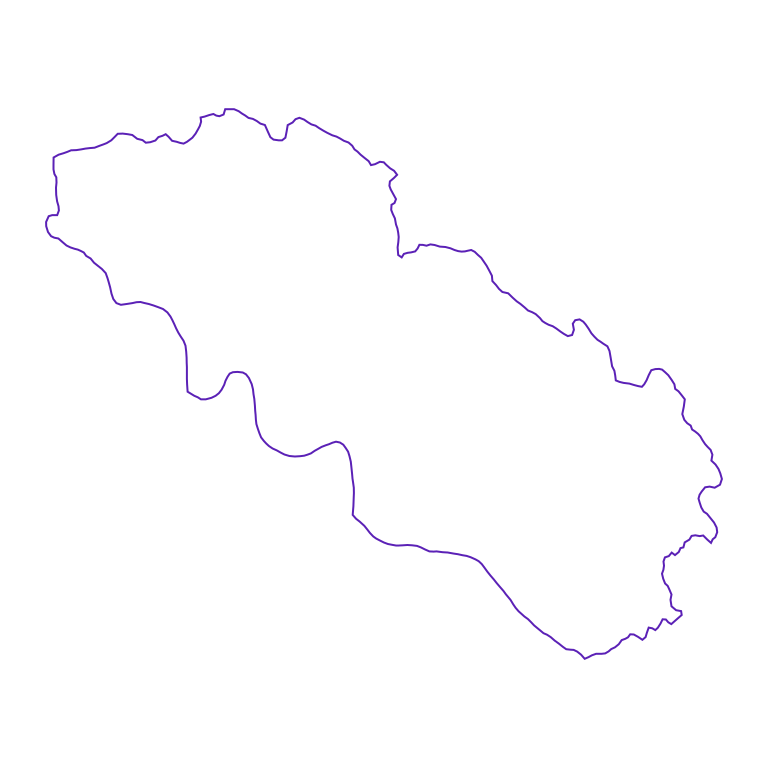 Delfinópolis, Minas Gerais, Brazil
{"feature_id": "56859067B55529001249038", "entity_name": "Delfinópolis", "entity_type": "district", "adm_level": 2, "iso_a3": "BRA", "parent_name": "Brazil", "parent_adm1": "Minas Gerais", "projection": "equal_earth", "projection_center": [-46.771, -20.369], "detail": "fine", "context": "isolated", "style": "outline", "palette": "violet", "viewbox_px": 768, "rotation_deg": 0, "n_neighbors": 0, "source": "geoboundaries", "source_scale": "gbopen_adm2", "svg_char_len": 5978}
<svg xmlns="http://www.w3.org/2000/svg" viewBox="0 0 768 768"><path d="M352.7,514.9L356.1,518.8L359.7,521.6L364.4,525.9L367.2,529.4L369.9,532.9L373.2,536.4L376.1,538.5L379.7,540.4L383.9,542.5L387.9,544.0L392.0,544.8L395.9,545.5L399.0,545.5L402.9,545.3L407.4,545.0L412.1,545.3L417.0,545.9L420.9,547.4L424.9,549.4L429.4,551.4L433.6,551.6L436.6,551.4L439.6,551.8L442.6,552.2L447.7,552.5L453.8,553.6L457.9,554.2L462.4,555.2L466.6,555.9L470.6,557.2L475.5,559.4L478.7,561.2L481.8,564.1L484.7,568.0L487.3,571.6L490.5,575.6L493.6,579.2L496.7,583.1L500.1,587.1L503.5,591.0L505.8,594.2L508.3,597.2L510.6,600.0L513.2,604.3L515.6,607.8L518.6,611.3L521.3,613.7L524.4,616.5L528.0,619.1L531.1,622.2L534.1,625.4L537.0,627.8L540.4,630.6L543.5,633.2L547.0,634.7L550.7,637.1L554.7,640.6L559.1,643.8L562.7,646.7L566.2,649.2L570.6,649.7L573.7,649.9L577.2,651.6L581.1,654.7L584.7,658.8L588.6,657.1L591.9,655.3L596.1,653.8L601.6,653.8L605.2,653.4L608.6,651.4L611.2,649.1L615.0,647.3L618.8,644.2L621.7,640.1L625.3,638.8L628.0,637.3L630.2,634.3L633.8,634.5L638.1,636.9L642.4,639.8L645.6,637.1L646.8,633.0L648.7,627.6L652.3,628.3L655.3,630.1L657.8,627.8L660.5,623.6L662.6,619.3L665.9,619.5L668.3,622.3L671.3,624.1L674.7,621.1L678.7,617.6L681.7,615.0L681.1,611.1L676.1,610.2L671.5,606.3L670.5,599.8L671.5,594.5L669.4,589.6L667.7,585.9L665.1,583.5L663.2,578.7L662.0,573.7L663.4,569.8L664.0,565.7L663.5,561.5L664.9,557.4L668.8,556.1L671.7,552.6L675.0,555.1L678.8,552.0L680.5,548.1L683.4,547.4L684.7,542.4L689.4,539.6L691.6,535.9L695.3,535.3L699.7,536.1L703.2,535.5L707.3,539.6L711.0,542.9L712.7,539.3L715.3,537.2L717.2,532.2L716.6,527.5L714.0,522.5L710.7,518.4L707.0,513.8L703.7,511.6L701.3,507.5L699.7,502.7L698.5,498.6L699.6,494.7L701.7,491.5L705.1,487.3L709.6,486.6L714.7,487.7L720.0,484.7L721.9,479.0L720.3,473.4L718.5,469.0L715.5,464.5L711.4,460.6L712.4,454.7L710.6,449.9L707.6,446.9L705.1,444.1L702.5,440.2L700.3,436.3L698.0,433.8L695.0,431.4L692.1,429.5L690.7,425.6L687.2,423.2L684.3,419.8L682.3,414.1L683.8,406.7L684.8,399.3L681.8,395.4L678.5,391.3L675.2,388.9L674.4,384.3L671.7,380.0L668.3,375.2L665.1,372.2L662.1,369.6L659.1,368.9L655.3,369.1L651.3,370.2L648.8,375.0L646.6,380.2L644.2,384.3L641.9,386.8L638.2,386.1L634.0,385.0L629.4,383.6L623.6,382.9L619.5,381.9L615.8,380.4L615.2,375.4L614.4,370.8L612.1,366.3L610.5,356.7L609.5,351.0L607.4,346.3L603.3,343.7L600.5,341.7L597.5,339.8L594.3,336.6L591.4,333.3L588.6,328.7L585.7,324.5L583.3,321.7L579.6,319.4L575.2,320.2L572.8,323.7L573.9,329.8L572.1,335.0L567.8,336.1L563.9,333.9L560.5,331.6L556.3,328.5L552.7,326.2L548.7,324.8L545.3,323.0L542.4,321.1L540.0,318.1L535.7,314.1L532.2,312.2L528.0,310.5L524.6,307.4L520.4,303.9L516.7,301.3L512.6,297.6L508.2,293.3L502.4,292.0L499.0,288.9L496.1,285.1L492.4,281.1L491.9,275.7L489.3,270.7L486.6,265.7L483.8,261.6L481.2,257.8L478.0,255.0L474.7,251.8L471.2,250.0L467.9,250.7L464.9,251.4L461.6,251.6L458.1,251.1L454.5,250.0L450.5,248.3L445.4,247.0L439.8,246.6L434.6,245.0L430.4,244.4L426.5,245.7L422.9,244.9L419.4,244.8L417.6,248.5L415.2,251.4L411.0,252.4L407.7,252.8L403.9,253.9L401.7,257.4L398.2,255.0L397.6,247.4L398.3,242.2L398.7,237.0L398.2,232.7L397.4,228.4L396.0,224.5L394.9,218.4L392.8,214.0L391.2,209.9L391.5,204.8L394.5,203.0L396.0,199.1L393.3,194.2L390.7,189.4L389.4,185.8L389.9,181.4L393.8,178.1L397.1,174.8L394.1,170.8L390.1,168.3L386.2,164.8L383.8,162.3L379.9,161.8L375.0,164.2L371.0,165.1L368.7,161.2L364.9,158.2L360.5,154.6L357.5,151.6L354.5,149.4L352.2,145.7L348.5,142.5L343.9,140.8L340.1,138.5L336.5,136.6L332.3,135.3L327.2,132.8L323.4,130.7L319.1,128.1L315.6,125.7L311.4,124.4L307.5,122.0L304.1,119.6L299.4,117.8L295.5,119.2L292.6,122.5L287.7,125.1L286.6,131.6L285.4,137.7L282.1,140.3L278.5,140.3L273.5,139.6L270.4,137.2L268.0,132.0L264.9,125.0L260.4,123.6L256.8,121.0L252.9,118.9L248.5,117.9L245.2,115.5L241.9,113.5L238.7,111.2L234.1,109.2L229.5,109.2L225.2,109.2L223.6,114.5L219.4,116.2L216.3,115.6L213.4,114.0L209.4,115.0L204.6,116.6L200.6,117.5L201.1,121.7L199.8,126.0L198.1,129.2L195.6,133.6L192.4,137.7L189.8,139.7L187.0,141.8L183.6,143.6L180.1,142.9L176.7,141.8L172.1,140.8L168.6,136.8L165.7,134.2L162.5,135.8L158.4,137.1L155.4,140.5L150.3,142.2L145.8,142.7L142.5,140.1L137.2,138.8L132.3,135.0L127.8,134.2L122.7,133.6L117.7,133.8L114.8,136.8L111.3,140.3L106.7,143.1L103.4,144.4L99.5,145.8L94.6,147.7L89.6,148.1L85.4,148.6L81.1,149.4L76.3,150.1L71.1,150.3L67.5,151.8L63.6,153.2L58.6,154.7L53.6,157.5L53.5,164.8L53.5,169.4L54.4,174.0L56.3,177.3L56.5,182.6L56.0,187.7L56.2,194.9L57.1,201.3L58.5,206.2L58.9,210.5L57.2,215.1L52.3,215.1L48.7,216.2L46.1,222.0L46.2,226.2L48.0,232.0L51.1,236.2L54.3,237.7L58.4,238.5L62.4,242.0L66.5,245.5L70.4,247.4L74.6,248.8L77.8,249.6L80.7,250.9L83.8,252.5L86.2,255.9L90.6,258.5L94.0,262.7L97.5,265.5L101.9,269.0L105.7,273.1L107.5,278.1L108.6,281.8L110.1,287.2L111.5,293.7L113.3,299.0L116.4,303.1L120.9,304.8L126.6,304.0L132.4,303.1L136.5,302.2L140.5,302.0L144.3,303.0L148.8,304.0L153.6,305.5L158.3,307.2L163.0,309.0L167.4,312.4L170.5,316.6L172.4,320.2L174.3,324.2L176.1,328.3L178.3,332.6L180.7,336.5L183.5,340.7L185.5,345.7L186.2,351.7L186.6,357.6L186.7,362.8L186.9,367.2L186.9,373.6L186.9,378.9L187.1,384.3L187.6,391.7L191.2,393.9L194.3,395.8L197.8,397.3L200.9,399.3L205.9,399.3L211.5,397.8L215.6,395.8L218.9,393.2L221.6,389.7L224.2,384.8L225.5,380.8L227.6,376.7L229.7,373.6L232.9,372.2L237.5,371.9L242.8,372.5L246.0,374.3L248.9,378.0L251.7,384.1L253.0,389.4L253.5,394.1L254.3,398.9L254.9,405.6L255.2,410.8L255.6,414.9L255.9,419.8L256.4,424.1L257.9,428.9L259.4,433.2L261.1,437.4L263.9,441.0L266.2,443.5L268.9,446.0L272.6,448.5L276.8,450.4L280.5,452.5L284.4,454.5L289.4,456.0L294.8,456.5L300.0,456.2L304.2,455.7L307.4,454.7L310.9,453.4L314.7,450.8L318.1,448.9L321.6,446.9L325.7,445.3L329.0,444.2L332.5,442.7L336.0,441.7L339.9,442.5L343.3,444.7L345.7,448.0L348.1,451.7L349.5,456.2L350.8,461.7L351.5,468.2L352.1,474.0L352.5,478.6L353.1,482.6L353.8,487.7L353.9,493.1L353.7,498.0L353.4,506.2L352.7,514.9Z" fill="none" stroke="#5b21b6" stroke-width="2"/></svg>